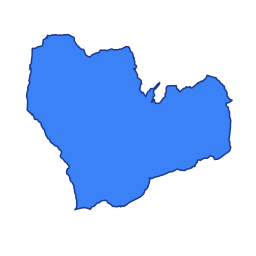 the district of Stroesti, Vâlcea, Romania, rotated 276°
{"feature_id": "2599482B70432473939661", "entity_name": "Stroesti", "entity_type": "district", "adm_level": 2, "iso_a3": "ROU", "parent_name": "Romania", "parent_adm1": "Vâlcea", "projection": "equal_earth", "projection_center": [23.929, 45.07], "detail": "fine", "context": "isolated", "style": "filled", "palette": "blue", "viewbox_px": 256, "rotation_deg": 276, "n_neighbors": 0, "source": "geoboundaries", "source_scale": "gbopen_adm2", "svg_char_len": 5828}
<svg xmlns="http://www.w3.org/2000/svg" viewBox="0 0 256 256"><g transform="rotate(276 128 128)"><path d="M116.2,231.5L117.1,231.8L119.5,232.2L121.9,230.9L124.6,230.8L125.6,230.2L126.1,229.6L132.7,229.8L139.7,229.8L143.5,229.4L144.4,229.5L146.1,229.4L148.6,228.5L150.1,227.7L153.6,227.5L154.6,226.9L154.8,227.1L157.2,225.8L158.3,225.8L159.1,225.4L160.0,223.9L162.1,222.9L162.7,223.1L164.3,226.4L166.1,228.4L166.5,228.5L167.0,226.9L167.0,226.4L169.9,223.4L173.3,222.8L174.5,222.3L177.6,219.5L178.3,219.8L178.9,219.4L179.4,219.6L179.6,219.5L179.8,218.3L181.2,217.5L182.4,215.2L183.4,214.7L184.4,213.6L184.5,213.0L185.0,212.7L185.1,212.0L186.0,210.9L187.1,210.4L187.5,206.5L188.0,205.1L188.0,203.4L188.5,202.8L188.7,201.4L188.0,200.9L185.6,200.3L182.9,197.7L182.1,197.5L182.4,196.7L182.0,195.6L181.1,194.5L180.8,193.9L180.1,193.5L179.7,193.1L180.0,192.4L178.8,191.9L177.2,190.1L176.0,189.1L174.9,187.7L174.6,187.5L174.4,186.7L175.3,185.8L175.6,185.2L174.8,184.2L175.0,181.6L174.3,181.0L173.6,180.7L173.0,178.9L172.2,178.4L171.3,177.4L169.4,176.1L169.4,175.6L171.3,174.2L170.8,173.7L171.0,173.4L171.9,173.1L172.5,172.6L172.8,172.0L174.4,171.8L175.1,171.4L174.6,166.5L174.0,163.2L173.2,162.2L170.8,161.8L169.7,162.2L167.9,162.2L166.7,161.7L165.3,161.3L163.1,162.0L161.7,160.3L158.9,158.5L157.0,157.8L156.3,157.0L155.8,155.9L155.5,154.7L155.6,153.2L155.3,152.7L158.0,151.1L158.5,151.5L158.9,151.3L158.8,150.5L158.3,150.0L157.8,149.8L156.4,149.8L156.3,148.7L159.9,149.9L160.4,149.7L161.4,149.8L162.9,151.0L163.6,150.9L165.2,149.9L167.8,149.5L169.3,150.6L170.5,151.8L173.7,153.9L175.5,154.8L176.3,154.6L174.5,152.7L170.7,150.1L170.2,149.5L169.8,148.7L169.6,146.7L169.2,146.1L168.4,146.0L167.5,145.3L167.2,145.3L165.8,143.8L161.2,142.3L165.0,139.1L164.3,138.2L167.6,135.4L168.3,135.3L168.7,135.9L172.8,135.9L173.4,137.0L174.2,136.5L176.2,136.2L176.9,135.7L179.4,132.0L181.5,132.0L184.8,130.0L187.2,127.8L187.6,127.8L187.4,129.1L189.9,130.1L190.5,129.9L191.0,129.6L191.8,128.0L194.5,127.8L195.7,127.4L196.5,126.7L197.2,126.5L198.0,127.0L198.5,126.6L199.1,125.9L202.6,124.8L203.9,123.7L204.2,122.5L207.3,121.3L208.6,120.3L208.8,119.9L208.8,119.2L208.6,117.1L207.8,116.4L207.6,115.6L206.8,114.7L206.2,113.7L205.6,112.4L205.5,111.3L205.0,110.3L204.7,109.0L204.4,105.7L204.7,104.0L204.8,103.1L203.9,101.0L202.7,99.3L203.1,96.9L202.5,94.2L202.8,92.9L202.0,92.1L200.2,91.2L199.8,90.8L199.1,88.1L198.2,86.8L197.9,85.9L196.5,84.2L194.8,83.1L194.9,81.4L195.3,79.9L196.7,77.9L199.1,76.8L200.6,76.3L201.4,75.6L201.5,75.2L201.3,74.0L202.2,72.1L203.1,71.3L203.8,70.0L204.6,69.4L205.4,68.2L207.2,66.9L208.0,66.1L209.5,65.3L210.1,65.2L210.9,65.3L212.4,64.7L213.0,63.2L213.0,62.7L213.5,61.8L213.6,60.8L214.4,60.0L214.6,58.6L214.6,58.0L214.1,56.8L214.2,55.2L213.2,51.9L213.4,50.4L212.8,49.4L213.2,47.6L212.8,46.3L213.2,45.7L212.6,44.5L212.5,44.2L212.8,43.3L212.2,42.9L212.2,42.1L211.9,41.8L211.7,40.9L211.6,39.3L211.8,38.5L210.3,37.7L209.8,37.9L209.2,38.4L208.9,36.7L207.9,36.3L207.1,34.7L205.1,34.4L203.3,35.0L203.1,34.5L202.8,34.3L201.3,34.4L200.8,34.2L200.5,34.0L200.2,32.5L199.2,29.5L198.0,28.3L197.1,25.6L197.2,24.7L195.7,24.5L194.7,24.7L189.9,25.1L184.0,24.9L183.0,25.0L182.6,25.2L180.4,24.2L180.4,23.9L179.2,23.9L178.3,24.2L177.9,24.0L177.7,24.1L177.6,24.4L177.1,24.3L177.4,24.6L177.3,25.1L176.3,25.2L176.6,24.8L176.2,24.7L175.8,25.2L173.6,25.9L170.5,25.0L165.9,24.8L164.4,24.5L164.3,24.9L163.7,25.4L162.4,25.6L161.0,24.9L160.0,24.7L157.8,24.0L156.0,24.3L155.7,24.7L153.6,24.0L150.1,23.8L148.6,23.9L146.2,24.9L143.1,25.5L135.3,25.9L132.7,29.2L131.9,31.5L131.3,31.5L131.4,30.8L131.1,30.8L130.7,32.2L130.2,32.7L128.2,33.8L127.3,33.8L126.8,35.0L126.9,35.5L126.8,36.1L127.0,36.6L126.9,37.1L125.0,38.6L124.5,39.4L123.8,41.2L122.7,41.4L122.1,41.2L119.6,42.8L118.8,43.5L118.3,43.7L117.9,45.0L115.3,45.7L113.5,46.8L112.5,46.9L111.2,47.9L110.6,48.6L109.3,49.3L108.8,50.2L108.8,50.5L108.3,51.2L108.0,51.5L106.9,51.8L106.2,52.3L105.1,53.7L104.3,55.2L103.9,55.6L103.5,56.3L102.8,57.0L102.3,59.2L102.4,59.7L99.6,61.7L98.3,63.8L97.7,64.2L96.2,64.5L93.3,63.6L92.5,63.8L91.2,64.9L90.3,66.7L88.2,68.5L86.6,70.9L85.1,72.1L84.2,73.6L81.4,73.1L81.2,72.2L79.7,71.6L77.7,71.6L76.0,71.9L75.7,72.8L73.8,74.8L70.0,76.0L68.6,77.2L67.6,78.6L66.3,79.2L65.6,79.8L61.4,81.1L57.6,82.0L56.3,83.1L53.2,83.5L50.8,84.5L47.1,84.9L45.6,85.4L44.4,85.0L42.9,85.1L42.3,84.3L41.4,84.0L42.8,88.0L43.4,89.3L44.3,93.2L44.2,94.9L43.5,97.8L43.3,99.0L44.4,99.7L45.1,99.7L45.9,100.6L46.1,101.4L46.5,102.1L47.6,103.3L48.9,104.3L50.1,104.8L50.4,105.7L50.4,106.6L50.6,107.1L52.8,109.2L53.8,113.4L53.5,113.7L53.1,114.8L51.6,115.6L51.1,116.9L50.5,118.0L50.3,118.9L48.9,120.3L48.5,121.1L48.4,121.3L48.7,121.8L48.4,125.2L48.9,125.6L48.9,126.5L49.0,126.7L49.1,127.1L49.5,127.6L49.3,127.9L49.5,128.6L48.9,129.0L49.0,129.1L49.3,128.9L49.4,129.3L49.8,129.8L49.6,132.1L50.1,132.4L51.3,134.3L53.6,136.6L54.1,137.3L54.8,138.1L59.4,145.4L60.0,146.0L60.2,146.6L61.6,148.2L63.0,149.5L64.6,150.6L68.0,151.4L68.1,151.8L69.6,152.8L69.9,153.2L71.4,154.0L71.8,153.8L75.0,154.7L77.1,155.0L78.0,154.8L79.0,155.1L80.0,154.7L80.4,154.6L80.6,155.3L80.1,156.3L80.3,157.3L82.0,159.8L83.0,163.2L84.1,165.2L84.5,166.5L85.3,168.2L87.8,172.6L88.8,174.0L89.1,176.2L90.4,178.6L92.3,180.9L92.2,181.9L91.9,182.9L91.9,183.5L91.4,184.9L91.7,186.4L91.5,187.1L91.5,188.2L92.0,189.6L93.6,191.2L93.7,191.7L93.6,192.6L94.0,193.5L94.9,194.4L94.9,195.5L96.3,196.2L96.6,196.5L96.5,198.2L97.0,198.5L97.8,198.4L98.6,199.0L99.8,199.3L101.0,200.4L101.9,200.6L103.3,200.5L103.6,201.5L103.5,202.0L103.7,202.4L103.4,203.6L103.9,203.9L105.9,206.9L106.2,208.6L106.1,209.7L107.3,211.5L108.3,211.8L108.8,212.4L108.8,213.9L108.5,215.2L108.2,215.7L105.8,217.5L105.8,218.0L106.1,218.5L106.0,218.9L106.4,220.5L108.3,223.3L110.6,225.5L111.6,226.8L112.4,227.2L113.4,228.8L115.4,231.0L116.2,231.5Z" fill="#3b82f6" stroke="#1e3a8a" stroke-width="1.5"/></g></svg>